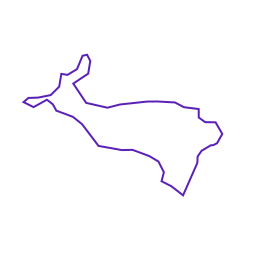 Bankilaré, Tillabéri, Niger (orthographic projection), rotated 63°
{"feature_id": "23599985B18164013569517", "entity_name": "Bankilaré", "entity_type": "district", "adm_level": 2, "iso_a3": "NER", "parent_name": "Niger", "parent_adm1": "Tillabéri", "projection": "orthographic", "projection_center": [0.586, 14.454], "detail": "fine", "context": "isolated", "style": "outline", "palette": "violet", "viewbox_px": 256, "rotation_deg": 63, "n_neighbors": 0, "source": "geoboundaries", "source_scale": "gbopen_adm2", "svg_char_len": 717}
<svg xmlns="http://www.w3.org/2000/svg" viewBox="0 0 256 256"><g transform="rotate(63 128 128)"><path d="M57.5,209.3L66.5,202.7L66.0,187.4L72.8,184.2L80.0,184.0L93.1,172.0L103.7,167.2L130.6,162.4L139.7,150.3L144.9,143.5L149.5,133.9L162.8,121.7L171.7,116.1L183.7,116.1L190.7,122.3L199.6,115.8L213.0,109.5L190.6,82.1L185.0,78.9L181.7,72.8L181.0,62.0L182.0,59.8L182.0,55.6L176.1,46.7L162.7,47.4L157.8,56.6L150.8,60.2L143.2,56.4L134.8,68.8L126.6,74.5L117.7,89.8L113.2,98.8L103.4,124.5L100.6,137.1L86.6,153.9L63.6,156.6L62.4,146.9L61.5,138.8L51.2,131.2L44.2,131.2L43.0,135.7L52.4,146.7L53.2,157.8L49.5,162.8L59.9,170.5L63.6,181.9L60.1,194.3L56.0,203.1L57.5,209.3Z" fill="none" stroke="#5b21b6" stroke-width="2"/></g></svg>